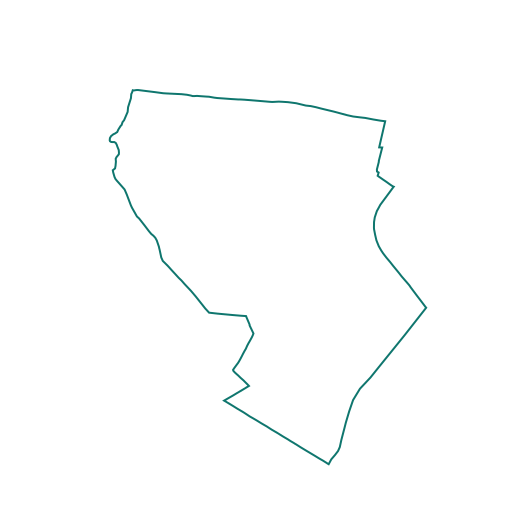 outline of Xicohtzinco, Tlaxcala, Mexico, rotated 290°
{"feature_id": "50627088B74142999724347", "entity_name": "Xicohtzinco", "entity_type": "district", "adm_level": 2, "iso_a3": "MEX", "parent_name": "Mexico", "parent_adm1": "Tlaxcala", "projection": "equal_earth", "projection_center": [-98.242, 19.172], "detail": "fine", "context": "isolated", "style": "outline", "palette": "teal", "viewbox_px": 512, "rotation_deg": 290, "n_neighbors": 0, "source": "geoboundaries", "source_scale": "gbopen_adm2", "svg_char_len": 3191}
<svg xmlns="http://www.w3.org/2000/svg" viewBox="0 0 512 512"><g transform="rotate(290 256 256)"><path d="M265.6,433.6L266.3,432.4L269.8,427.0L273.7,420.9L279.7,411.7L280.0,411.4L281.2,409.6L286.6,399.9L289.4,395.4L293.6,388.3L296.2,384.1L299.3,378.7L299.8,378.0L300.2,377.3L302.0,374.5L304.0,371.8L307.2,368.0L311.9,363.8L316.5,360.8L320.0,358.7L321.5,357.8L322.8,357.2L328.3,355.3L332.9,354.4L339.5,354.2L342.6,354.7L346.7,355.3L363.2,360.2L366.3,361.1L368.2,361.7L368.2,361.3L368.2,361.2L368.5,359.6L369.2,356.9L370.1,353.8L370.7,351.5L371.2,349.5L371.9,346.9L372.5,344.6L373.0,342.9L376.4,342.7L376.7,341.1L376.8,340.8L378.7,340.0L386.6,339.2L387.2,338.9L401.1,337.5L401.0,337.2L400.2,334.6L405.8,333.9L426.8,331.3L425.8,327.0L424.4,319.5L423.1,311.4L421.9,306.5L420.3,299.5L419.5,293.5L418.3,279.7L416.9,267.4L416.3,261.2L415.6,256.2L414.4,251.3L413.9,246.8L413.3,241.5L411.5,233.4L410.0,228.3L408.9,224.7L406.3,218.6L405.6,216.2L403.8,209.5L400.8,198.5L398.8,191.3L397.8,188.0L397.0,185.7L396.0,182.3L395.1,179.3L393.5,173.6L391.2,165.6L390.5,162.5L389.6,157.4L388.7,154.4L387.2,149.2L386.6,147.0L386.3,145.9L385.3,143.6L384.6,141.7L384.5,140.0L383.9,136.0L382.6,130.7L382.2,129.4L378.2,116.5L377.2,113.1L375.5,105.3L371.6,88.3L370.9,86.6L370.1,85.2L369.8,84.7L369.6,83.5L367.4,83.6L365.5,83.4L361.5,84.5L352.1,84.9L347.5,86.1L338.5,85.6L336.1,84.8L333.2,84.9L331.9,84.3L327.8,83.4L325.0,83.2L322.6,81.4L321.7,80.4L319.1,78.8L318.0,78.6L316.9,78.4L315.6,78.7L314.6,79.0L313.9,79.6L313.6,81.0L314.6,83.9L314.3,85.5L312.9,87.1L311.5,88.2L308.6,90.8L306.2,91.9L304.8,92.3L304.0,92.1L301.2,91.1L299.4,90.9L296.7,92.1L292.6,93.2L291.2,93.4L290.1,93.6L289.6,93.3L288.4,92.6L287.6,92.1L285.6,93.3L281.9,96.0L280.3,97.6L279.1,99.6L279.0,99.8L277.5,102.6L275.7,105.9L273.6,109.7L272.9,110.4L269.5,113.6L260.8,121.1L259.0,122.9L252.4,130.6L251.3,133.3L246.5,141.0L242.7,146.9L240.9,150.0L240.0,152.6L238.7,155.1L236.6,157.5L231.5,161.6L230.2,162.4L228.9,163.3L222.2,167.5L219.5,170.1L216.6,176.4L215.4,178.7L214.2,180.9L209.0,190.9L207.6,194.1L205.2,198.5L200.9,207.0L197.3,213.3L189.3,226.3L186.7,231.3L188.7,239.6L192.5,254.1L194.7,262.2L196.0,266.7L196.1,267.3L195.5,267.7L190.7,272.2L189.4,273.4L188.5,273.8L184.2,278.2L182.3,280.1L180.5,280.1L178.2,279.9L176.3,279.6L173.7,279.2L171.6,278.8L168.6,278.4L165.4,278.2L162.7,277.7L159.2,277.2L156.6,276.9L153.0,276.4L150.7,276.0L149.3,275.7L147.7,275.2L142.9,273.8L141.1,273.4L140.2,274.2L139.2,276.2L138.1,278.9L137.7,280.0L136.2,283.3L134.8,286.9L134.2,288.1L132.2,292.4L131.5,293.8L126.0,289.4L120.4,284.8L116.8,281.9L112.3,278.1L109.2,275.5L107.3,285.3L106.1,290.9L104.8,297.9L104.1,300.9L103.1,305.0L102.5,308.6L101.7,313.0L100.7,317.8L100.2,320.5L99.5,324.5L99.3,325.3L98.2,330.1L97.0,336.7L95.6,343.3L94.6,348.7L93.9,351.7L93.2,355.6L92.8,357.3L92.7,358.1L92.4,359.4L91.6,363.0L90.8,367.0L90.0,371.1L89.7,372.7L88.3,380.0L87.5,383.9L86.9,387.2L86.7,388.5L85.7,393.2L85.5,393.9L85.2,395.5L90.7,396.3L96.0,398.3L100.8,399.8L105.1,400.1L112.5,399.1L124.3,398.0L130.3,397.4L141.9,396.7L153.2,396.5L153.9,396.5L166.9,399.1L180.9,405.1L193.6,409.4L199.4,411.4L232.6,422.8L265.6,433.6Z" fill="none" stroke="#0f766e" stroke-width="2"/></g></svg>